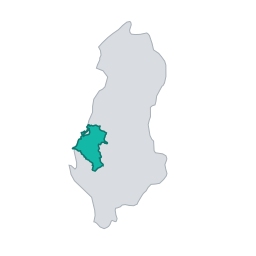 Fier highlighted on a map of Albania, rotated 15°
{"feature_id": "ALB-1495", "entity_name": "Fier", "entity_type": "County", "adm_level": 1, "iso_a3": "ALB", "parent_name": "Albania", "parent_adm1": "", "projection": "robinson", "projection_center": [19.627, 40.746], "detail": "fine", "context": "in_parent", "style": "filled", "palette": "teal", "viewbox_px": 256, "rotation_deg": 15, "n_neighbors": 0, "source": "natural_earth", "source_scale": "10m", "svg_char_len": 4615}
<svg xmlns="http://www.w3.org/2000/svg" viewBox="0 0 256 256"><g transform="rotate(15 128 128)"><path d="M82.0,78.4L82.2,74.9L83.1,69.5L82.6,67.7L83.1,64.6L81.4,60.4L78.6,57.4L81.3,52.1L85.2,45.7L88.9,40.7L93.4,35.4L96.3,30.3L99.5,26.0L102.3,24.6L103.6,25.6L104.4,27.5L104.2,33.1L105.1,35.1L107.0,36.5L111.0,35.8L115.5,34.4L121.4,31.4L122.5,31.6L124.7,33.1L129.3,40.0L132.4,45.9L138.4,48.0L141.8,50.4L146.1,53.9L148.3,57.5L151.3,68.4L151.6,75.0L150.8,78.0L150.0,78.8L147.4,89.6L148.1,95.0L148.1,98.7L145.8,100.1L144.3,102.3L146.8,111.3L146.5,115.1L146.6,119.5L151.1,129.5L153.7,132.6L156.1,134.0L159.1,143.2L160.9,144.8L168.2,144.0L171.8,145.0L173.3,147.2L173.6,148.7L173.1,153.8L175.0,157.8L177.4,161.8L177.4,164.3L175.8,168.4L172.9,173.2L169.1,175.0L164.8,176.5L162.8,180.2L161.7,184.2L159.8,187.1L158.7,190.3L156.9,196.8L156.5,199.2L153.6,201.6L149.1,202.5L145.1,202.7L142.3,203.9L141.0,206.1L138.4,207.9L136.8,208.7L136.9,210.7L138.7,214.9L140.9,218.3L140.9,221.0L139.9,221.8L136.6,221.4L135.9,222.4L135.6,225.5L134.7,228.1L133.3,229.6L131.0,231.4L126.7,230.8L122.6,228.2L120.5,227.4L119.3,227.5L118.9,221.1L117.2,216.2L110.8,204.3L89.9,192.8L85.0,187.6L82.9,183.3L80.7,179.2L82.8,179.1L84.8,180.1L87.4,181.4L88.5,179.3L87.4,174.8L82.0,164.4L81.6,161.5L84.2,152.7L88.6,142.9L88.3,131.0L89.7,122.0L88.2,116.2L87.5,109.0L90.7,99.5L93.4,97.1L95.1,94.1L95.2,84.0L89.1,79.2L82.0,78.4Z" fill="#d9dde1" stroke="#a8b0b8" stroke-width="1"/><path d="M79.8,162.3L79.7,162.2L80.0,161.4L80.8,160.7L81.7,160.1L82.4,159.4L82.9,158.3L83.1,157.2L83.2,153.1L83.4,151.9L83.9,151.2L84.9,150.9L85.5,150.7L85.4,150.1L85.0,149.4L84.8,149.0L85.0,148.4L85.4,147.9L85.8,147.5L86.0,147.3L85.5,146.6L84.7,145.5L84.1,144.6L84.6,144.2L85.4,143.9L86.6,142.5L87.5,141.8L86.7,142.7L87.2,144.3L86.7,145.7L86.7,147.1L87.1,147.1L87.3,146.1L87.3,146.3L87.4,146.6L87.5,147.1L88.2,146.2L91.2,144.8L92.1,143.8L92.2,142.1L91.6,140.7L90.9,139.5L90.6,138.1L90.4,139.9L89.7,141.5L88.2,143.5L88.2,143.2L87.9,142.8L88.5,142.3L89.1,141.3L89.5,140.0L89.4,138.6L89.1,138.2L88.2,137.9L87.9,137.7L88.5,136.2L88.8,136.0L89.0,136.0L89.3,135.8L89.3,135.6L89.2,135.4L89.0,135.1L89.5,135.0L89.9,135.2L90.3,135.8L90.7,135.9L90.9,135.8L91.1,135.6L91.4,135.1L91.7,134.9L92.0,134.9L92.2,135.0L92.5,135.1L93.3,135.1L93.9,135.0L94.3,134.7L95.3,134.0L95.9,133.7L96.3,133.5L96.5,133.5L96.9,133.7L97.4,133.8L97.5,133.9L97.6,134.0L98.1,134.0L98.3,134.1L98.7,134.2L99.0,134.1L100.0,133.6L100.3,133.5L100.4,133.4L100.5,133.5L100.6,133.8L100.5,134.4L100.4,134.8L100.4,135.1L100.5,135.5L100.8,136.2L101.2,136.7L102.1,137.2L103.4,137.5L105.5,137.4L106.0,137.5L106.6,137.9L107.0,138.1L107.4,138.1L107.7,138.1L108.4,138.3L108.4,139.7L107.9,140.5L108.0,142.4L108.0,142.7L107.8,143.9L107.8,144.3L107.8,144.7L107.9,145.1L108.5,146.1L109.0,146.5L109.3,146.8L111.6,147.4L111.9,147.7L111.9,147.9L112.0,148.1L111.8,148.5L111.7,148.6L109.9,148.6L109.3,148.7L109.0,148.4L108.8,148.1L108.6,147.9L107.8,148.2L107.0,148.5L106.6,148.7L106.3,148.8L106.2,149.2L105.9,149.6L105.9,149.9L105.9,150.0L106.0,150.2L105.8,150.5L105.7,150.7L105.8,151.0L105.5,151.3L105.2,151.3L103.9,151.3L103.8,152.0L103.9,152.3L104.0,152.8L104.3,153.4L105.3,154.7L105.6,155.2L105.5,155.8L105.2,156.5L105.2,157.0L105.2,157.5L105.3,157.8L105.5,158.1L106.3,158.5L106.8,158.6L107.2,158.9L107.5,159.2L107.9,160.6L109.4,162.3L109.7,162.8L109.6,163.4L109.1,163.8L108.7,164.2L108.3,164.3L108.2,164.4L108.3,164.5L108.5,164.5L108.8,164.7L109.1,165.2L109.9,167.3L110.6,168.1L111.9,168.9L112.7,169.2L113.2,169.5L113.4,169.7L113.7,170.9L112.9,171.0L112.7,171.2L112.4,171.5L112.0,172.1L111.7,172.6L111.3,173.0L109.6,174.3L109.2,174.7L107.6,177.8L107.4,178.1L106.5,178.1L105.7,177.9L105.1,178.0L104.7,177.9L104.4,177.6L104.2,177.3L104.2,177.1L104.3,176.8L104.4,176.5L104.4,176.1L104.3,175.4L104.2,175.1L104.3,174.9L104.4,174.2L104.4,173.8L104.3,173.6L104.1,173.5L103.2,173.3L103.1,173.2L103.3,172.9L103.4,172.7L103.4,172.4L103.3,171.7L103.1,171.4L102.8,171.0L102.5,170.8L102.3,170.8L102.2,170.8L101.9,170.9L101.6,170.7L101.2,170.5L100.9,170.3L100.7,170.3L100.3,170.3L99.9,170.1L98.3,169.1L97.2,169.1L96.5,168.9L96.0,168.7L95.5,168.8L95.2,168.7L94.9,167.9L94.7,167.6L94.8,167.5L94.7,167.4L94.4,167.2L94.1,167.2L93.7,167.3L93.3,167.3L93.1,167.2L92.9,167.0L92.9,166.8L92.9,166.6L92.9,166.4L92.7,166.2L92.4,166.0L91.0,165.3L90.5,165.2L90.0,165.2L89.7,165.0L89.6,164.7L89.6,164.4L89.6,164.2L89.3,163.9L88.7,163.6L88.3,163.3L88.1,163.0L88.1,162.8L88.1,162.7L88.0,162.4L87.7,162.4L86.4,163.0L85.8,163.0L84.9,162.5L83.7,162.1L82.9,161.9L82.1,161.8L81.2,162.1L79.8,162.3L79.8,162.3Z" fill="#14b8a6" stroke="#0f766e" stroke-width="1.5"/></g></svg>